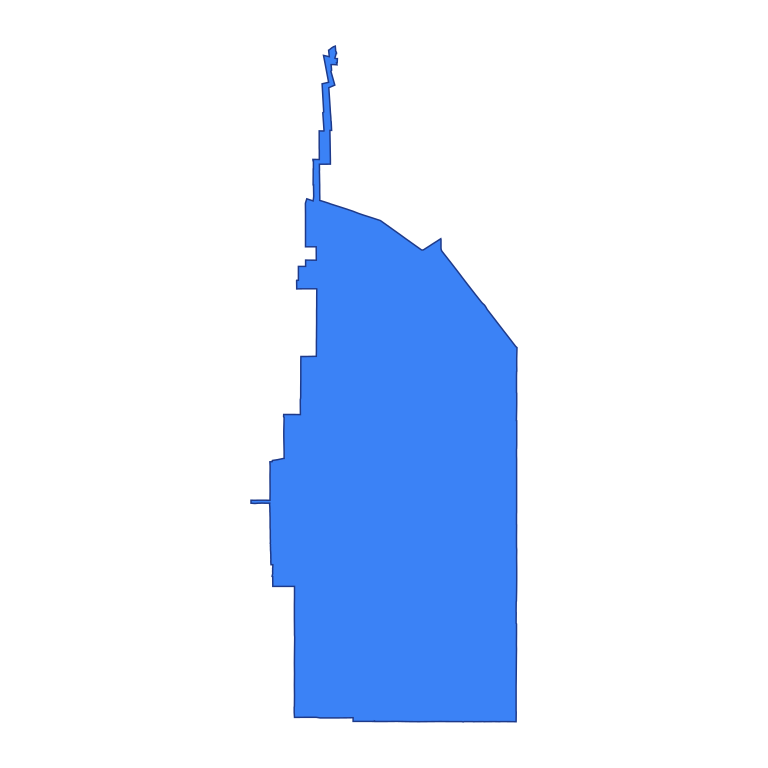 Valle Hermoso, Tamaulipas, Mexico (Mercator projection)
{"feature_id": "50627088B70713462324597", "entity_name": "Valle Hermoso", "entity_type": "district", "adm_level": 2, "iso_a3": "MEX", "parent_name": "Mexico", "parent_adm1": "Tamaulipas", "projection": "mercator", "projection_center": [-97.883, 25.782], "detail": "fine", "context": "isolated", "style": "filled", "palette": "blue", "viewbox_px": 768, "rotation_deg": 0, "n_neighbors": 0, "source": "geoboundaries", "source_scale": "gbopen_adm2", "svg_char_len": 5186}
<svg xmlns="http://www.w3.org/2000/svg" viewBox="0 0 768 768"><path d="M371.5,721.4L374.8,721.5L374.7,721.1L375.7,721.5L385.8,721.5L386.0,721.5L396.6,721.4L397.1,721.4L407.5,721.6L418.7,721.7L428.9,721.6L429.1,721.6L429.4,721.6L440.2,721.5L450.9,721.6L461.7,721.6L463.2,721.9L464.2,721.6L472.6,721.6L473.2,721.7L483.2,721.6L483.8,721.7L493.7,721.6L494.5,721.6L499.3,721.7L500.9,721.6L505.3,721.6L516.1,721.7L516.2,712.0L516.1,711.0L516.1,699.7L516.1,689.0L516.1,688.7L516.1,686.1L516.2,678.5L516.2,677.6L516.3,667.2L516.3,666.4L516.4,655.8L516.5,649.0L516.4,645.1L516.5,634.1L516.5,623.9L516.1,623.2L516.2,612.4L516.1,612.1L516.2,601.7L516.3,601.4L516.4,601.2L516.6,590.6L516.6,590.2L516.7,579.5L516.7,576.0L516.7,568.6L516.6,557.4L516.7,549.8L516.5,546.9L516.5,535.8L516.6,524.8L516.5,524.7L516.5,513.9L516.6,512.3L516.6,501.8L516.6,491.7L516.6,481.4L516.6,470.2L516.6,459.0L516.5,455.8L516.5,451.7L516.5,449.1L516.6,448.6L516.7,445.2L516.7,437.4L516.7,437.2L516.7,426.1L516.7,420.7L516.4,420.6L516.6,410.8L516.7,404.2L516.7,393.0L516.5,392.7L516.5,392.1L516.5,385.4L516.5,383.3L516.5,382.7L516.5,375.8L516.6,371.5L516.8,371.3L516.7,365.5L516.7,362.4L516.7,358.4L517.0,347.6L516.6,347.3L515.5,346.2L505.8,333.6L504.3,331.7L487.2,309.5L485.5,306.5L484.4,305.0L482.4,303.2L481.1,301.7L475.4,294.5L467.0,283.7L462.1,277.3L460.0,274.5L451.7,263.7L441.9,251.2L441.5,250.4L441.2,249.6L441.1,248.9L441.0,248.2L441.0,239.5L440.8,238.7L435.5,242.1L431.2,244.8L431.0,245.0L430.7,245.2L424.9,248.9L423.7,249.7L423.3,249.8L423.0,250.0L422.6,250.0L422.2,250.0L421.9,250.0L421.5,249.9L421.2,249.7L420.9,249.5L415.1,245.4L405.7,238.7L396.3,231.9L393.2,229.7L392.5,229.2L382.7,222.2L382.0,221.7L380.9,220.9L380.2,220.5L372.3,217.9L365.1,215.6L364.1,215.3L358.5,213.4L352.9,211.2L348.4,209.7L347.3,209.3L338.3,206.4L335.1,205.4L329.2,203.5L329.2,203.4L324.3,201.8L320.4,200.6L319.7,200.4L319.8,199.1L319.8,197.2L319.7,192.4L319.7,192.1L319.7,191.9L319.7,190.4L319.7,184.9L319.6,181.3L319.5,174.4L319.4,171.2L319.5,170.1L319.4,164.2L324.9,164.2L330.4,164.1L330.4,159.7L330.2,148.1L329.9,130.4L331.6,130.4L331.2,121.8L330.9,120.2L330.9,118.7L330.7,115.7L330.4,112.4L330.2,108.9L329.7,101.2L328.8,87.7L334.8,85.1L330.9,71.3L331.6,70.3L331.4,67.6L331.2,65.8L331.1,64.6L334.1,64.6L337.0,64.8L336.5,62.8L337.2,62.8L337.4,58.6L336.1,58.6L334.8,58.1L335.5,56.0L336.1,53.5L336.5,53.5L336.4,52.3L335.7,51.2L335.3,46.1L334.5,46.4L333.3,46.8L332.7,47.3L331.8,47.8L330.8,48.6L330.1,49.2L329.4,49.7L328.8,50.1L328.6,50.2L329.3,56.7L323.5,55.4L325.3,64.7L328.6,82.3L322.1,83.8L323.7,112.0L322.8,112.7L323.3,120.2L323.4,121.6L324.0,130.4L323.9,131.0L319.2,130.9L319.2,131.3L319.2,137.4L319.2,140.1L319.2,148.1L319.3,150.4L319.3,159.5L312.9,159.4L313.0,160.7L313.4,160.7L313.4,169.1L313.2,169.1L313.2,174.6L313.1,184.8L313.5,184.8L313.6,190.4L313.7,196.4L313.5,198.3L313.1,200.9L306.8,198.8L306.6,199.4L305.5,202.9L305.4,203.4L305.5,214.1L305.5,224.8L305.5,225.1L305.5,236.1L305.5,239.5L305.5,246.8L312.5,246.8L316.2,246.8L316.3,260.2L305.6,260.1L305.6,266.4L298.4,266.4L298.4,269.7L298.4,271.8L298.4,274.2L298.4,275.9L298.4,280.3L296.7,280.3L296.6,280.5L296.7,287.1L296.7,288.9L302.9,288.8L305.5,288.8L316.6,288.8L316.8,288.9L316.7,297.8L316.7,301.8L316.7,306.3L316.6,310.7L316.6,315.1L316.6,323.9L316.5,332.7L316.5,336.9L316.4,341.2L316.4,346.0L316.4,351.3L316.3,356.3L305.6,356.5L300.9,356.5L300.8,361.6L300.8,367.8L300.8,373.5L300.8,379.2L300.7,388.1L300.7,389.6L300.7,392.7L300.7,396.8L300.6,397.1L300.7,397.9L300.3,399.5L300.3,402.1L300.4,414.6L294.7,414.5L283.7,414.5L283.6,416.3L283.6,416.7L283.7,417.0L284.1,417.3L284.0,422.6L283.8,431.2L283.8,433.4L283.8,435.6L283.8,436.2L284.1,451.6L284.1,453.9L284.1,458.4L283.8,458.4L283.7,458.4L277.5,459.7L272.9,460.4L272.4,460.5L272.2,461.6L269.9,461.8L270.1,466.0L270.1,470.2L270.0,474.6L270.0,477.0L270.1,491.5L270.0,500.3L269.2,500.3L265.5,500.2L258.2,500.2L254.7,500.3L251.0,500.2L251.0,503.2L254.9,503.5L258.3,503.2L258.5,503.2L259.1,503.2L259.3,503.2L259.5,503.2L259.8,503.2L260.0,503.2L260.4,503.2L260.6,503.2L260.8,503.1L261.1,503.1L261.3,503.1L261.5,503.1L261.9,503.1L262.0,503.1L265.6,503.2L269.2,503.2L269.8,503.2L269.6,504.3L269.8,506.6L269.9,508.7L269.9,510.2L269.9,511.7L270.0,513.1L270.0,514.8L270.1,517.5L270.1,519.0L270.1,520.5L270.1,522.0L270.1,524.0L270.1,524.7L270.1,526.2L270.1,527.6L270.2,529.0L270.3,530.5L270.3,531.5L270.3,532.0L270.3,534.7L270.3,536.1L270.3,538.2L270.4,540.4L270.4,542.6L270.2,543.1L270.5,544.6L270.4,545.9L270.5,547.3L270.5,548.6L270.5,550.0L270.6,551.2L270.7,552.1L270.7,553.5L270.8,554.1L270.8,555.5L270.8,558.2L270.9,559.5L270.8,560.8L270.8,561.9L270.9,563.1L270.9,563.5L271.0,564.7L272.8,564.7L272.8,566.9L272.6,568.8L272.7,569.2L272.6,571.3L272.7,573.6L272.2,575.7L272.1,576.4L272.7,576.5L272.8,586.4L283.7,586.4L294.5,586.4L294.5,597.6L294.4,604.0L294.4,608.2L294.4,619.1L294.5,630.1L294.5,630.5L294.5,634.9L294.7,637.1L294.5,652.1L294.4,663.2L294.5,673.8L294.4,684.9L294.5,695.8L294.4,706.4L294.2,707.1L294.2,712.4L294.5,717.4L305.4,717.3L315.4,717.3L316.2,717.3L320.1,717.9L327.0,717.9L332.3,717.9L338.0,717.9L348.8,717.8L353.1,717.7L353.1,721.4L371.5,721.4Z" fill="#3b82f6" stroke="#1e3a8a" stroke-width="1.5"/></svg>